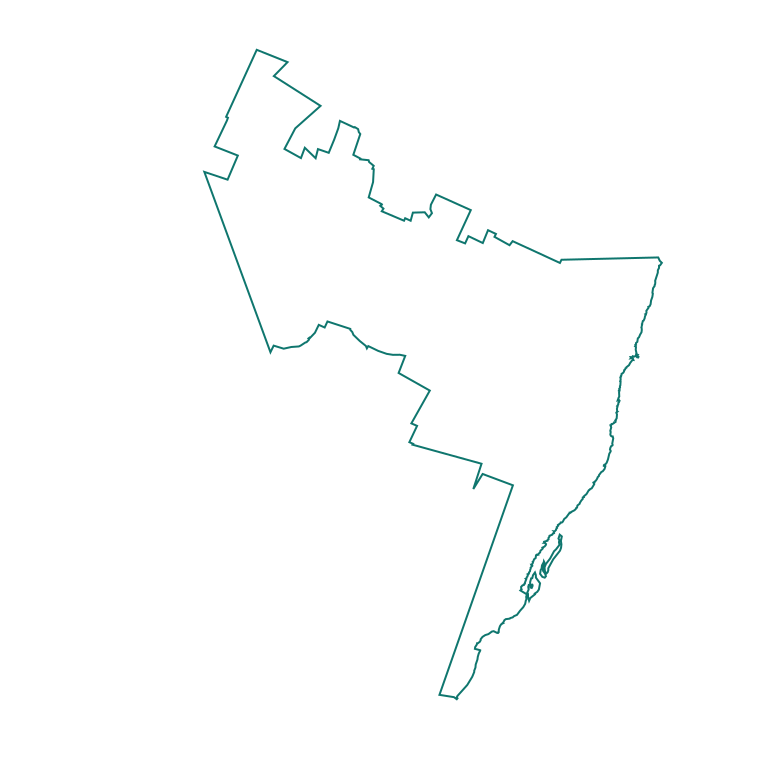 outline of Calkiní, Campeche, Mexico, rotated 198°
{"feature_id": "50627088B85126992940446", "entity_name": "Calkiní", "entity_type": "district", "adm_level": 2, "iso_a3": "MEX", "parent_name": "Mexico", "parent_adm1": "Campeche", "projection": "albers", "projection_center": [-90.434, 20.481], "detail": "fine", "context": "isolated", "style": "outline", "palette": "teal", "viewbox_px": 768, "rotation_deg": 198, "n_neighbors": 0, "source": "geoboundaries", "source_scale": "gbopen_adm2", "svg_char_len": 6170}
<svg xmlns="http://www.w3.org/2000/svg" viewBox="0 0 768 768"><g transform="rotate(198 384 384)"><path d="M230.1,327.5L235.2,105.5L220.7,107.8L217.4,106.7L217.0,107.8L218.0,108.3L217.8,109.9L211.8,123.5L209.6,132.8L209.2,138.0L209.6,139.2L209.4,142.6L210.1,145.6L210.0,150.8L210.5,153.5L210.6,157.1L210.1,160.1L210.2,160.5L211.1,160.5L215.7,160.2L216.0,162.0L215.3,164.5L215.3,166.2L214.8,166.2L213.2,168.5L212.9,170.1L213.2,171.1L212.2,173.9L210.1,176.5L207.4,178.4L204.9,181.9L203.3,182.8L199.4,182.2L198.5,182.6L198.6,183.5L198.3,183.6L198.9,185.9L198.9,189.5L198.3,191.7L197.1,193.0L197.5,193.0L196.8,194.4L196.5,196.6L195.5,198.0L191.9,199.7L191.6,200.4L189.5,201.8L188.6,203.4L186.2,205.5L184.5,210.5L182.6,214.8L181.8,218.5L182.2,221.8L182.0,223.3L183.0,225.5L183.1,228.7L183.6,228.2L190.5,229.8L189.7,231.3L190.2,231.6L190.9,233.4L190.1,235.2L188.9,236.1L189.1,236.5L188.3,237.7L188.6,238.1L188.4,242.5L188.7,242.6L188.4,242.8L188.6,244.1L188.1,245.2L188.2,246.7L187.8,248.0L188.1,248.0L187.7,248.4L187.9,249.4L187.3,251.2L187.6,252.5L187.4,253.8L187.8,254.6L187.0,256.4L188.0,257.5L187.4,257.6L187.8,258.0L187.2,259.2L187.2,260.5L187.6,260.8L187.2,261.5L187.1,263.7L186.0,265.3L186.5,268.1L186.0,268.8L185.6,268.6L184.7,269.2L185.0,269.4L183.5,272.1L183.7,273.7L182.3,276.2L182.2,277.1L182.7,277.4L181.1,279.0L180.4,280.6L180.4,281.8L181.9,282.6L182.7,282.4L182.4,282.9L182.9,283.5L180.2,285.4L180.4,285.8L179.5,287.2L180.0,288.3L179.5,290.1L179.7,290.8L177.4,292.7L177.3,293.7L176.3,294.6L176.7,295.0L176.3,296.2L176.7,296.4L176.2,296.5L175.3,298.4L175.5,299.0L174.9,300.6L175.5,301.2L174.5,303.1L175.0,303.7L173.2,306.0L173.2,306.9L172.0,307.3L171.4,308.3L170.9,311.3L169.4,313.6L168.1,317.7L167.3,318.7L167.6,319.1L166.3,319.9L166.3,320.3L163.9,322.7L163.0,324.3L162.9,325.5L162.2,326.1L162.5,328.2L160.9,330.6L161.0,331.5L160.3,334.3L159.5,336.0L159.9,337.4L158.9,338.2L159.3,338.8L157.4,341.9L156.4,346.3L155.9,346.6L155.6,347.6L154.2,349.0L153.1,353.6L154.3,354.9L153.5,355.4L153.8,355.7L152.6,357.6L152.0,360.0L152.0,361.4L151.2,362.8L151.4,363.7L150.1,367.5L149.0,368.6L148.0,371.3L148.0,374.0L148.3,374.7L148.8,375.0L149.2,374.1L150.5,374.0L149.2,374.5L149.5,375.3L148.6,376.1L147.9,377.9L147.7,381.6L148.2,387.4L147.6,389.9L147.9,390.7L148.8,391.4L149.0,393.0L148.8,395.0L147.8,396.1L147.7,396.7L148.5,397.8L149.2,403.2L150.3,404.8L150.9,404.5L152.3,404.9L153.1,405.8L153.6,408.5L154.3,409.3L154.5,413.0L155.8,414.6L155.3,414.8L155.4,415.8L155.1,416.3L154.6,416.3L153.1,418.1L153.3,418.6L152.1,419.3L152.3,421.1L152.7,421.1L152.1,423.2L153.0,427.0L154.1,428.5L153.7,429.3L154.0,429.2L153.8,430.2L154.8,432.3L155.0,435.3L155.4,435.3L154.9,437.0L155.3,438.5L154.9,439.2L154.8,440.9L155.3,441.2L156.7,440.4L156.7,441.5L156.1,441.9L156.7,442.9L156.4,444.8L158.0,449.1L157.9,450.6L158.1,451.2L158.5,451.0L158.4,451.9L158.8,452.2L158.4,453.6L159.0,454.9L158.8,455.7L159.8,459.6L160.2,459.6L160.4,461.8L161.3,463.3L160.8,464.2L161.2,464.7L160.9,466.0L161.2,467.0L159.9,468.7L159.6,470.2L159.9,471.3L159.2,472.2L159.2,473.6L158.5,474.3L158.6,474.9L156.8,477.6L156.4,480.1L155.1,483.7L154.2,483.9L155.4,485.4L156.2,485.4L157.2,484.8L157.1,485.1L157.8,485.8L156.1,486.3L155.5,486.9L155.7,487.3L154.5,487.4L153.6,488.1L153.2,489.2L152.0,489.1L152.3,489.6L151.9,490.2L153.4,490.3L153.5,491.0L153.2,491.0L155.2,494.4L155.8,497.1L156.9,497.5L156.4,498.9L156.8,499.1L156.6,499.3L157.0,500.8L156.1,502.4L156.7,505.8L155.9,507.3L155.7,510.1L155.1,512.7L155.5,515.0L156.4,517.2L156.9,517.4L157.1,517.6L156.8,517.5L156.7,517.9L156.9,520.5L157.9,521.2L157.1,520.9L157.3,523.9L156.7,524.5L156.4,526.9L156.7,529.0L156.4,530.9L157.0,531.2L156.5,531.7L156.4,532.9L157.1,534.7L156.0,538.2L156.5,539.0L155.4,540.1L155.1,542.2L155.8,545.9L155.7,549.7L156.1,552.2L156.3,553.2L156.9,553.6L157.7,558.2L156.9,561.0L157.2,561.7L157.0,562.8L157.5,564.9L158.0,565.8L158.0,574.5L158.7,576.8L158.3,579.4L159.0,581.5L158.1,582.2L157.2,585.1L159.8,586.4L162.3,589.1L253.6,557.0L254.1,553.5L305.8,559.6L307.5,554.8L324.4,558.1L323.9,561.3L332.6,562.4L333.6,548.6L349.4,550.7L350.3,542.8L359.1,543.3L355.2,576.2L393.0,580.3L394.8,569.0L393.9,564.6L391.2,561.3L392.9,556.3L398.3,559.9L409.5,555.9L409.1,547.5L415.1,548.2L415.4,545.5L439.5,547.6L438.7,550.6L442.6,552.3L441.4,554.0L441.7,554.3L456.2,556.7L456.8,572.7L460.1,585.1L461.6,585.1L461.2,588.3L466.7,590.5L467.8,592.1L476.1,590.3L476.1,591.1L484.0,592.5L483.8,614.4L485.8,615.8L487.4,618.4L491.2,619.3L491.7,618.7L507.2,620.6L506.5,613.1L506.9,601.1L508.0,586.8L519.4,587.0L518.8,577.6L532.3,584.2L532.8,573.2L551.3,576.8L547.4,599.7L530.3,628.9L583.9,642.8L575.2,660.3L608.3,662.5L616.7,589.3L614.7,589.0L614.8,585.9L618.5,557.6L593.6,556.1L595.9,530.0L620.4,530.2L501.8,379.1L500.8,386.4L490.3,386.6L483.5,390.6L476.6,393.4L475.2,394.7L471.6,399.2L470.6,399.8L469.2,402.6L469.1,403.7L469.9,404.0L469.1,405.2L468.6,405.0L465.5,411.4L464.3,420.1L457.9,419.4L457.1,426.0L433.1,426.0L432.8,425.1L430.2,423.6L428.3,421.3L420.3,417.4L413.0,414.6L411.3,412.6L410.7,415.2L399.8,413.7L390.8,413.5L384.5,414.5L378.0,416.7L372.5,417.3L373.5,399.0L338.4,391.9L345.8,355.0L339.6,354.4L341.9,336.5L337.8,336.1L338.1,335.1L266.6,338.3L266.6,311.7L262.4,328.9L230.1,327.5ZM182.9,233.2L183.3,229.8L182.2,228.9L181.3,226.2L179.0,222.7L178.7,225.7L175.4,230.7L175.9,231.2L174.0,233.7L173.2,236.4L174.0,242.7L179.7,246.8L180.6,249.3L182.2,251.4L183.2,248.2L183.0,245.1L184.0,244.6L183.8,240.7L183.1,238.8L182.0,238.4L181.0,239.0L180.5,238.6L180.3,237.3L180.5,235.7L181.7,235.7L182.2,237.0L183.4,238.1L184.2,237.7L184.1,235.6L182.9,233.2ZM170.6,277.5L172.1,269.3L174.4,262.9L174.6,260.3L174.6,259.0L173.3,256.1L171.2,253.5L170.2,255.5L170.2,257.7L170.8,259.5L168.9,269.6L165.1,279.9L165.0,282.9L165.7,286.3L167.3,289.5L167.8,294.0L170.3,295.0L170.3,290.9L169.0,289.8L168.7,287.6L167.6,285.6L167.6,284.7L169.3,279.9L170.6,277.5ZM177.0,264.0L177.7,260.3L177.1,257.1L177.5,255.6L176.9,251.7L173.8,249.5L171.3,249.5L170.6,251.2L172.3,253.5L175.0,255.5L175.9,257.7L176.5,260.9L176.3,263.9L177.1,264.7L177.0,264.0ZM151.6,489.2L152.3,488.6L152.2,488.1L151.5,487.6L150.4,487.8L150.4,488.6L151.6,489.2Z" fill="none" stroke="#0f766e" stroke-width="2"/></g></svg>